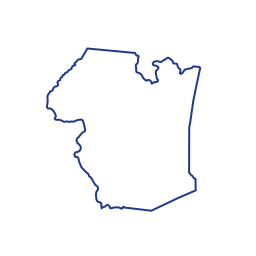 the district of Concepcion, Intibucá, Honduras, rotated 293°
{"feature_id": "27666195B925617765542", "entity_name": "Concepcion", "entity_type": "district", "adm_level": 2, "iso_a3": "HND", "parent_name": "Honduras", "parent_adm1": "Intibucá", "projection": "albers", "projection_center": [-88.315, 14.049], "detail": "fine", "context": "isolated", "style": "outline", "palette": "blue", "viewbox_px": 256, "rotation_deg": 293, "n_neighbors": 0, "source": "geoboundaries", "source_scale": "gbopen_adm2", "svg_char_len": 5798}
<svg xmlns="http://www.w3.org/2000/svg" viewBox="0 0 256 256"><g transform="rotate(293 128 128)"><path d="M107.5,210.0L107.5,209.8L107.4,209.4L107.4,209.2L108.1,207.4L108.6,206.7L109.1,205.9L109.2,205.6L109.2,205.1L109.3,204.7L109.6,204.0L110.3,202.8L110.7,201.7L152.3,184.2L158.1,182.9L178.9,177.4L185.0,176.2L193.2,174.5L211.4,171.0L211.7,170.6L212.0,169.9L212.0,169.4L211.9,169.1L211.6,168.8L211.6,168.7L210.6,165.0L210.4,164.4L210.3,164.2L209.8,163.8L208.7,163.5L208.2,163.3L208.0,163.1L207.3,162.2L205.6,159.6L204.8,158.6L204.3,158.0L204.1,157.7L203.5,157.5L202.8,157.2L200.0,156.7L199.5,156.4L198.9,155.9L198.6,155.6L198.5,155.3L198.4,155.0L198.5,154.8L198.7,154.5L198.9,154.2L199.1,154.2L199.7,154.2L200.7,154.0L201.7,153.6L202.3,153.2L202.6,152.7L202.7,152.3L202.8,151.7L202.9,151.3L203.1,150.8L203.4,150.4L204.0,149.8L205.5,148.6L206.0,148.1L206.1,147.7L206.1,147.1L205.3,145.0L205.2,144.5L205.4,144.3L205.6,144.0L206.4,143.5L207.0,142.9L207.3,142.3L207.6,141.6L208.0,140.3L208.3,138.7L208.4,137.9L208.4,137.6L208.3,137.4L207.9,136.9L207.6,136.6L207.1,136.3L206.6,136.1L204.8,134.9L204.2,134.2L203.5,133.7L203.0,133.4L202.2,133.1L201.9,132.8L201.6,132.4L201.4,131.5L201.2,130.8L201.1,129.6L201.0,128.9L200.3,127.6L199.7,126.6L199.3,126.3L198.8,126.0L198.3,125.7L197.8,125.6L197.3,125.6L196.8,125.7L196.4,126.0L196.1,126.3L195.9,126.7L195.8,127.1L195.9,127.7L196.2,128.9L196.2,129.9L196.2,130.9L196.1,131.4L195.9,132.0L195.7,132.2L195.5,132.4L195.1,132.6L194.2,132.4L193.4,132.2L192.5,131.8L191.9,131.6L191.1,131.6L190.1,131.9L189.2,132.3L186.6,134.0L184.9,135.0L184.7,135.2L184.6,135.8L184.4,136.2L184.0,136.7L183.4,137.0L183.0,137.0L182.6,137.0L182.2,136.9L181.9,136.6L181.6,136.4L181.5,136.1L181.3,135.4L181.2,135.1L180.9,134.9L180.3,134.6L179.9,134.3L179.8,134.0L179.6,133.3L179.4,133.0L179.2,132.8L179.0,132.7L178.4,132.8L178.3,132.7L178.2,132.6L178.3,132.3L179.0,131.8L179.8,131.0L180.1,130.5L180.3,129.9L180.4,129.5L180.4,129.0L180.3,128.5L180.2,127.9L180.0,127.6L179.8,127.3L179.6,127.2L179.1,126.9L178.9,126.7L178.8,126.4L178.8,125.7L179.0,125.0L179.2,124.3L179.6,123.3L179.8,122.8L180.2,122.1L181.0,121.3L181.5,120.7L182.3,119.5L182.7,118.6L182.9,117.9L182.8,115.8L182.8,114.4L182.9,113.8L183.8,113.4L185.2,112.5L186.6,111.9L187.3,111.5L188.0,110.9L189.1,110.7L189.7,110.6L190.9,111.3L192.5,111.4L192.9,111.3L194.1,110.7L195.1,110.4L195.9,110.2L197.2,110.1L197.9,109.8L198.1,109.7L198.3,109.5L198.5,109.1L198.4,108.7L198.2,108.2L198.1,107.9L198.1,107.6L198.2,107.2L198.4,106.9L199.8,105.2L185.3,59.5L173.6,58.1L171.4,55.4L171.0,55.2L168.6,54.4L167.4,53.7L166.8,53.5L166.5,53.6L166.3,53.7L166.1,53.9L166.0,54.3L165.8,54.6L165.4,54.7L165.0,54.6L164.8,54.5L164.6,54.3L164.3,53.7L164.2,53.4L163.7,53.0L163.2,52.8L162.7,52.7L162.1,52.7L161.1,52.8L160.6,52.7L160.2,52.6L159.4,52.1L158.5,51.3L158.1,51.0L157.3,50.7L156.3,50.5L155.7,50.3L155.3,49.9L154.8,49.3L154.4,48.9L153.9,48.7L152.9,48.7L152.4,48.5L152.0,48.3L151.5,47.7L151.1,47.4L150.6,47.3L149.8,47.5L149.4,47.5L148.9,47.2L148.5,46.8L148.3,46.6L147.7,46.4L147.2,46.4L146.3,46.7L145.9,46.8L145.5,46.7L144.9,46.4L144.4,45.8L144.0,45.5L143.5,45.3L143.0,45.2L142.5,45.3L142.0,45.5L141.7,45.7L141.2,46.3L140.7,46.6L140.2,46.7L139.6,46.7L139.1,46.5L138.7,46.2L138.4,45.8L137.8,44.9L137.5,44.6L137.0,44.3L136.5,44.1L135.8,43.9L135.0,43.8L133.9,43.9L133.4,43.8L132.9,43.6L132.5,43.4L132.0,43.1L131.5,42.6L131.0,41.9L130.3,42.0L129.7,42.0L128.9,41.9L128.0,41.5L127.5,41.4L126.7,41.3L126.1,41.4L124.9,41.8L122.3,43.1L120.8,43.8L119.1,44.3L117.1,44.7L116.5,44.9L115.8,45.2L115.4,45.5L115.1,45.8L114.9,46.2L114.8,46.6L114.9,47.2L115.3,48.1L115.5,48.8L115.6,49.7L115.5,50.4L115.3,51.0L114.9,51.9L114.0,53.6L113.4,54.4L112.8,55.1L112.2,55.8L111.4,56.5L110.9,56.8L110.2,57.0L109.5,57.0L108.6,56.8L108.1,57.0L107.8,57.1L107.6,57.5L107.5,57.8L107.4,58.3L107.6,59.1L108.4,60.6L108.6,61.3L108.8,62.1L108.9,63.0L108.9,64.0L108.7,66.2L108.7,66.7L108.9,67.1L109.2,67.7L109.8,68.5L110.1,69.0L110.3,69.8L110.5,70.9L110.7,71.5L111.0,72.1L111.7,73.0L112.1,73.7L112.2,74.1L112.4,75.0L112.6,75.6L113.0,76.0L113.9,76.7L114.4,77.2L115.3,78.1L116.4,79.7L117.3,81.3L117.5,81.9L117.6,82.4L117.4,82.9L117.1,83.6L115.6,84.9L113.2,86.8L111.2,88.2L109.7,89.2L109.4,89.3L109.0,89.4L108.5,89.5L107.9,89.3L106.3,88.1L105.5,87.7L104.8,87.4L102.6,86.7L100.4,86.2L99.7,85.7L98.8,85.3L98.3,85.2L97.4,85.3L96.6,85.5L95.9,85.9L95.3,86.4L94.8,87.0L94.4,87.6L94.1,88.3L93.9,89.0L93.7,89.6L93.5,90.1L93.1,90.7L92.6,91.3L92.0,91.8L91.4,92.2L90.6,92.5L89.8,92.6L89.0,92.6L88.2,92.4L87.6,92.1L87.0,91.7L86.5,91.2L86.1,90.7L85.8,90.1L85.5,89.7L85.0,89.4L84.5,89.1L83.9,88.9L83.2,88.9L82.5,89.1L82.0,89.4L81.6,89.7L81.3,90.1L81.1,90.5L80.9,91.0L81.0,91.7L81.2,92.0L81.4,92.3L81.5,92.5L81.4,93.0L81.3,93.5L81.1,93.8L80.3,94.5L78.4,95.8L77.4,96.7L74.1,100.0L73.6,100.7L73.0,101.9L71.6,105.1L71.1,106.4L70.5,108.5L70.0,109.6L69.6,110.2L68.7,110.8L68.3,111.3L68.2,111.6L68.1,111.9L68.1,112.2L68.1,112.8L68.0,113.1L63.2,119.6L62.8,120.6L62.3,122.2L62.1,122.8L61.7,123.4L61.3,123.7L60.9,124.0L60.5,124.2L60.0,124.3L59.3,124.3L58.0,124.0L57.1,123.9L56.1,124.0L55.0,124.2L54.2,124.5L53.0,125.1L50.7,126.4L49.9,126.9L49.1,127.6L48.8,128.1L48.5,128.6L48.3,129.2L48.3,129.8L48.4,130.3L48.6,131.0L48.6,131.6L48.5,132.2L48.2,132.7L47.8,133.1L47.1,133.5L46.4,133.8L45.0,134.3L44.0,135.0L44.5,135.3L45.0,135.7L45.9,136.7L46.4,137.3L47.0,137.7L47.8,138.0L48.4,138.3L48.9,138.8L49.2,139.2L49.2,139.6L49.2,140.1L49.1,140.7L48.9,141.2L48.6,141.6L48.0,142.1L47.4,142.7L47.2,143.0L47.3,143.3L47.7,143.9L48.9,145.6L50.6,148.6L51.1,150.2L51.3,150.9L51.3,151.8L51.1,152.7L51.2,153.2L51.3,153.7L51.5,153.9L51.6,154.0L52.3,154.0L53.2,154.2L53.5,154.4L53.7,154.6L53.7,154.9L53.6,155.2L53.5,155.4L53.3,155.5L61.0,181.8L83.4,201.7L97.0,214.7L107.5,210.0Z" fill="none" stroke="#1e3a8a" stroke-width="2"/></g></svg>